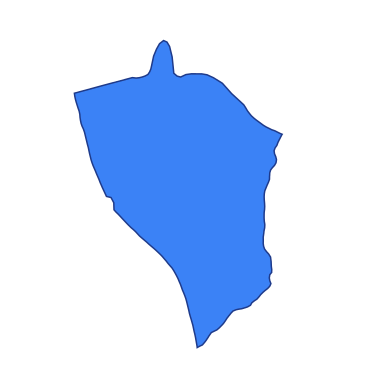 Mayfa'ah, Shabwah, Yemen (Albers equal-area conic projection), rotated 80°
{"feature_id": "15242507B4449600495147", "entity_name": "Mayfa'ah", "entity_type": "district", "adm_level": 2, "iso_a3": "YEM", "parent_name": "Yemen", "parent_adm1": "Shabwah", "projection": "albers", "projection_center": [47.797, 14.413], "detail": "fine", "context": "isolated", "style": "filled", "palette": "blue", "viewbox_px": 384, "rotation_deg": 80, "n_neighbors": 0, "source": "geoboundaries", "source_scale": "gbopen_adm2", "svg_char_len": 3398}
<svg xmlns="http://www.w3.org/2000/svg" viewBox="0 0 384 384"><g transform="rotate(80 192 192)"><path d="M150.8,93.2L149.8,94.8L147.9,97.4L146.1,99.8L144.5,102.7L142.7,105.1L140.9,107.6L138.8,110.0L136.6,112.1L134.4,114.2L132.2,116.3L129.9,118.3L127.3,120.3L124.6,121.8L121.7,123.3L118.7,124.4L115.8,125.6L115.1,125.9L102.0,135.9L90.2,143.2L83.2,151.0L81.9,152.9L79.2,156.8L77.4,161.8L75.5,172.1L75.3,177.6L76.8,183.2L75.3,186.5L71.9,189.3L63.8,188.7L55.5,188.1L44.8,188.8L40.0,190.6L37.9,193.7L40.3,198.2L45.2,202.2L51.5,206.2L60.7,209.9L63.8,211.2L66.4,212.9L68.6,215.0L69.6,218.0L70.1,221.0L70.3,224.2L70.1,227.2L69.2,230.2L69.0,230.9L71.6,261.0L74.3,290.7L77.5,290.8L80.5,290.7L83.6,290.4L86.7,290.0L89.7,289.6L92.7,289.1L96.0,289.0L99.0,289.3L102.1,289.4L105.2,289.3L108.2,288.8L111.2,288.0L114.4,287.5L117.4,287.3L120.7,287.1L123.7,286.9L127.0,286.7L130.1,286.4L133.5,286.3L136.5,286.2L139.5,286.0L142.6,285.8L145.6,285.4L148.5,284.9L151.5,284.2L154.4,283.5L157.7,282.8L160.6,282.1L163.5,281.4L166.7,280.8L169.6,280.1L172.5,279.4L175.5,278.6L178.5,277.8L181.5,277.0L183.4,272.7L189.0,270.9L196.0,271.9L198.6,270.3L201.2,268.4L203.8,266.7L206.3,265.1L208.9,263.4L211.5,261.7L214.0,260.0L216.5,258.2L218.8,256.3L221.2,254.5L223.7,252.9L226.2,251.3L228.7,249.3L231.0,247.4L233.4,245.4L235.8,243.6L238.1,241.7L240.5,239.7L242.9,237.8L245.3,236.0L247.9,234.1L250.4,232.4L253.0,230.9L255.5,229.4L258.2,228.0L260.7,226.5L263.3,224.9L266.1,223.7L268.9,222.7L271.9,221.7L274.9,220.8L278.1,220.1L281.0,219.4L284.0,218.9L287.0,218.4L289.9,217.7L292.9,217.1L295.8,216.6L298.9,216.3L301.9,216.1L305.0,215.9L308.1,215.7L311.1,215.6L314.3,215.3L317.4,214.9L320.4,214.6L323.4,214.3L326.4,214.2L329.6,214.1L332.5,213.9L335.5,213.8L338.6,213.8L341.7,213.8L344.7,213.8L346.1,213.9L345.2,211.3L344.4,208.3L342.5,206.0L341.9,205.3L340.4,203.7L338.8,202.2L338.5,201.9L338.2,201.6L336.9,200.5L335.9,199.5L334.9,198.5L333.8,197.4L332.9,194.3L332.1,191.4L330.5,188.7L328.7,186.2L328.0,185.2L326.9,183.8L324.6,181.5L323.3,180.3L322.3,179.4L321.0,177.9L320.2,177.1L319.6,176.3L318.2,174.8L317.1,173.3L316.4,172.4L316.0,170.8L315.7,169.4L315.6,169.1L315.5,166.4L315.6,163.3L315.3,160.8L315.2,160.4L315.2,159.9L314.8,157.2L314.0,155.0L313.7,154.1L312.1,152.8L311.4,152.2L310.8,151.0L310.0,149.5L309.8,149.1L308.8,146.7L306.9,144.3L304.9,142.1L304.3,141.2L303.1,139.5L301.6,137.0L301.3,136.4L300.2,134.3L298.4,131.9L297.0,130.9L295.9,130.2L294.4,130.5L293.0,130.8L291.7,130.8L290.0,130.8L287.7,130.0L287.0,129.8L285.0,127.5L284.7,127.5L283.0,127.1L282.0,126.9L281.1,126.9L279.0,126.8L275.9,126.4L274.4,126.2L272.9,126.1L270.2,126.0L269.8,125.9L266.3,127.3L264.1,128.7L263.8,128.9L263.6,129.0L260.9,130.4L257.9,130.9L254.9,130.8L253.6,130.5L251.9,130.2L248.8,129.7L246.4,128.9L246.0,128.8L245.5,128.6L243.0,127.9L240.0,126.7L237.9,126.2L237.0,126.0L235.4,125.9L233.7,125.9L230.7,125.6L229.4,125.4L227.8,125.1L226.2,124.8L224.8,124.5L223.1,124.0L221.9,123.6L218.8,122.9L215.7,122.5L212.3,122.2L209.3,121.8L206.3,121.1L203.5,120.1L200.8,118.4L198.1,116.7L197.1,116.0L195.6,115.0L193.7,113.9L193.0,113.5L189.9,112.9L189.3,112.7L186.6,112.1L183.9,110.7L181.9,108.5L181.4,107.8L180.1,106.1L177.8,104.2L174.9,103.2L174.3,103.2L171.7,103.4L168.7,104.1L165.6,104.0L163.0,102.5L162.7,102.2L160.8,100.3L158.2,98.8L155.6,96.9L154.7,96.2L153.2,95.1L151.0,93.4L150.8,93.2Z" fill="#3b82f6" stroke="#1e3a8a" stroke-width="1.5"/></g></svg>